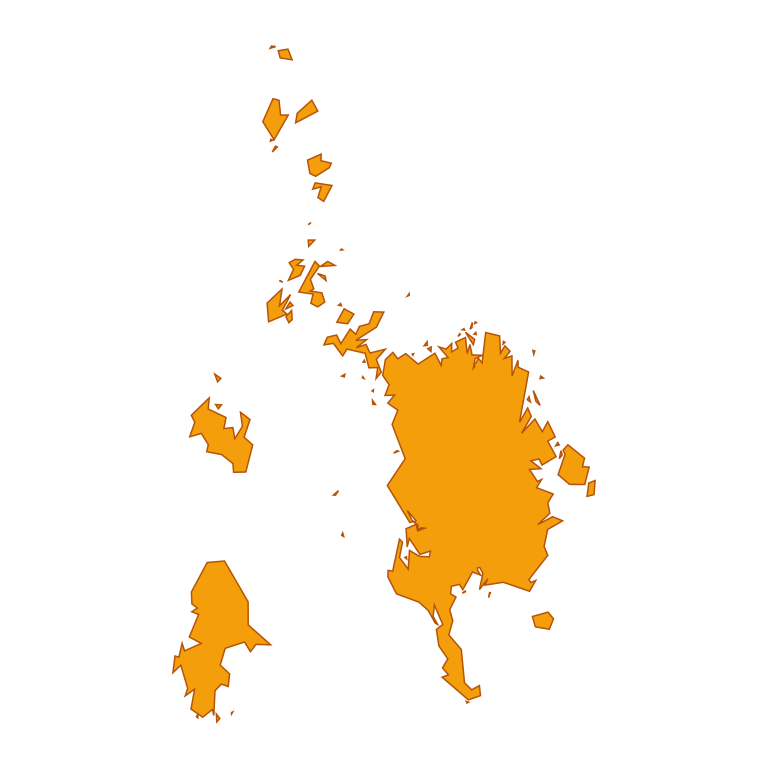 the district of Balboa, Panama
{"feature_id": "35544464B8680648562753", "entity_name": "Balboa", "entity_type": "district", "adm_level": 2, "iso_a3": "PAN", "parent_name": "Panama", "parent_adm1": "", "projection": "natural_earth1", "projection_center": [-78.983, 8.439], "detail": "fine", "context": "isolated", "style": "filled", "palette": "amber", "viewbox_px": 768, "rotation_deg": 0, "n_neighbors": 0, "source": "geoboundaries", "source_scale": "gbopen_adm2", "svg_char_len": 6182}
<svg xmlns="http://www.w3.org/2000/svg" viewBox="0 0 768 768"><path d="M392.7,571.1L388.1,570.4L387.9,576.9L396.5,593.9L418.9,602.1L428.2,610.4L435.3,623.2L437.6,624.4L433.1,616.4L434.4,605.0L442.8,624.5L436.4,629.5L438.9,646.0L447.8,658.8L442.5,667.9L448.4,674.8L442.1,677.2L468.4,699.9L480.5,695.6L479.4,685.6L471.7,689.8L464.5,682.8L461.3,649.5L448.8,634.9L452.8,620.7L449.7,609.8L456.0,597.1L450.6,593.8L451.4,586.3L459.4,584.4L462.8,589.7L472.5,572.0L480.7,575.2L477.5,570.2L477.5,567.8L479.8,567.5L482.9,573.4L479.5,589.5L487.8,578.8L484.9,585.1L503.4,582.3L529.6,591.3L535.7,580.5L531.0,582.5L528.9,579.6L547.8,555.3L544.1,546.5L547.6,529.5L562.6,520.8L552.6,516.7L537.8,524.6L549.8,513.3L547.8,502.7L553.2,494.0L536.6,487.7L541.5,479.5L537.4,481.5L529.5,469.4L540.9,468.7L530.9,460.8L539.1,459.0L542.1,465.0L556.1,456.6L547.7,441.1L555.2,437.0L547.8,421.7L542.3,431.7L534.9,419.0L521.6,433.3L531.3,416.4L527.7,408.0L519.5,422.3L528.6,372.0L518.1,367.2L518.0,360.3L512.1,375.8L511.9,355.9L504.3,358.5L510.1,351.3L504.9,345.9L500.5,353.3L499.6,335.9L485.7,332.5L482.1,362.9L478.3,358.2L476.3,362.6L474.4,364.1L474.7,366.7L473.3,368.2L475.1,358.6L482.3,355.3L472.0,354.9L470.0,344.5L467.2,353.6L465.5,337.5L455.6,342.2L458.0,348.1L451.6,351.9L451.7,343.5L446.2,349.1L439.0,346.9L448.1,357.6L442.0,358.8L441.2,365.4L434.9,353.2L418.1,364.1L405.7,353.6L397.7,358.8L392.9,352.4L385.4,359.6L382.7,375.4L389.1,384.7L385.0,395.5L394.5,395.1L387.8,403.1L397.8,410.2L392.1,424.4L405.2,458.7L387.3,485.5L409.8,522.5L414.0,521.5L412.1,520.4L407.3,510.5L416.0,520.6L414.5,522.7L417.9,524.9L417.8,529.6L421.5,527.7L424.7,528.2L417.8,530.9L416.0,524.4L406.1,528.7L407.2,546.9L409.3,538.4L419.9,554.4L430.4,551.1L429.4,556.8L419.6,556.4L409.5,550.4L408.2,569.1L399.5,557.5L402.5,542.2L399.5,539.2L392.7,571.1ZM224.5,561.0L207.2,562.5L191.4,592.0L191.9,603.9L197.4,608.0L191.8,611.8L198.6,614.4L189.3,637.0L201.3,643.4L184.6,650.9L182.1,643.3L178.9,657.1L175.0,656.0L172.9,672.7L180.8,665.2L187.7,688.4L185.2,695.9L194.6,689.2L191.0,709.1L202.7,717.2L212.4,709.5L213.8,715.5L215.0,690.8L221.3,684.1L228.2,686.5L229.6,673.9L220.2,665.1L225.2,648.3L244.6,642.0L250.4,651.7L256.0,644.4L270.6,644.8L248.2,624.9L248.1,601.8L224.5,561.0ZM209.2,397.9L191.3,415.3L194.8,422.2L189.7,436.8L201.3,433.4L208.3,444.6L206.7,451.7L221.7,454.6L232.9,463.6L233.6,472.3L245.8,472.0L252.7,444.9L244.1,437.2L250.0,419.5L240.5,412.3L242.4,426.4L234.8,438.7L232.9,427.6L223.9,428.6L226.0,417.5L208.2,409.0L209.2,397.9ZM383.8,312.1L373.7,311.8L369.1,323.8L359.4,326.4L355.7,334.3L350.2,329.1L340.8,343.7L336.6,335.0L327.3,337.2L323.9,344.9L333.4,343.4L342.7,355.9L347.0,349.1L365.2,353.3L368.9,367.8L377.7,367.6L376.1,378.5L381.3,372.1L376.3,359.5L385.3,349.2L370.0,353.0L366.0,344.4L356.3,347.7L366.7,339.6L355.8,340.3L376.4,327.2L383.8,312.1ZM584.5,458.2L567.9,444.8L563.0,450.3L565.1,454.2L558.1,474.7L569.6,484.4L584.7,484.5L589.2,467.1L582.5,466.7L584.5,458.2ZM273.0,98.7L262.8,121.7L274.1,139.8L288.3,115.0L280.6,115.1L279.0,100.3L273.0,98.7ZM282.0,289.0L267.1,303.1L268.6,321.8L286.9,314.0L282.4,310.3L290.6,294.5L279.5,305.9L282.0,289.0ZM310.4,279.4L319.4,266.0L315.0,261.4L298.8,292.0L313.1,294.1L310.8,303.3L317.8,306.9L324.8,302.0L321.8,292.8L310.2,291.1L313.8,288.9L310.4,279.4ZM321.2,154.1L307.5,160.1L309.9,173.5L315.7,176.3L329.2,167.8L331.3,163.2L321.0,160.7L321.2,154.1ZM548.0,612.1L532.4,616.5L535.4,626.8L549.3,629.3L553.5,618.8L548.0,612.1ZM303.0,260.0L295.2,259.3L289.2,262.7L293.5,269.3L288.4,280.3L300.3,275.3L304.6,266.2L296.6,265.2L303.0,260.0ZM311.8,100.2L297.2,113.3L295.6,122.8L317.8,111.1L311.8,100.2ZM353.9,314.1L344.2,308.8L336.8,322.3L347.6,323.7L353.9,314.1ZM332.0,185.5L315.2,182.9L312.7,189.2L321.1,186.9L317.9,197.6L323.7,201.4L332.0,185.5ZM287.9,49.1L278.2,50.7L280.2,57.9L292.1,59.8L287.9,49.1ZM595.1,480.5L588.8,483.0L587.0,496.4L594.0,494.6L595.1,480.5ZM334.9,265.4L327.7,261.4L320.3,266.5L334.9,265.4ZM220.8,378.4L214.8,374.1L217.6,381.8L220.8,378.4ZM474.7,339.4L465.5,332.2L473.3,344.7L474.7,339.4ZM288.9,322.7L292.2,319.6L291.6,310.4L285.9,316.8L288.9,322.7ZM314.7,240.1L308.2,240.1L308.7,246.4L314.7,240.1ZM272.3,152.0L277.3,147.0L275.4,146.2L272.3,152.0ZM540.1,405.4L533.3,390.5L535.9,401.3L540.1,405.4ZM325.0,275.9L317.5,273.5L326.0,280.5L325.0,275.9ZM293.0,305.5L290.0,302.1L285.8,309.0L293.0,305.5ZM219.8,718.5L216.4,714.1L216.8,721.9L219.8,718.5ZM470.1,329.3L472.0,327.4L472.3,322.4L470.1,329.3ZM221.5,404.9L215.6,404.5L218.3,408.8L221.5,404.9ZM375.5,404.5L372.5,400.3L372.8,404.4L375.5,404.5ZM335.5,495.2L338.5,490.6L333.4,495.0L335.5,495.2ZM562.2,454.9L561.0,450.7L559.3,458.7L562.2,454.9ZM398.4,451.2L397.1,450.6L393.6,453.2L398.4,451.2ZM533.8,354.3L534.8,350.9L532.9,350.4L533.8,354.3ZM343.7,536.5L342.7,533.0L341.6,535.4L343.7,536.5ZM430.9,351.5L431.3,347.0L427.7,348.7L430.9,351.5ZM555.6,445.8L559.2,444.9L557.7,442.5L555.6,445.8ZM424.1,345.7L427.3,345.4L427.1,341.7L424.1,345.7ZM527.3,399.7L530.4,402.0L529.0,396.7L527.3,399.7ZM275.7,46.6L271.4,46.1L270.2,48.3L275.7,46.6ZM540.1,378.6L543.4,378.0L540.7,376.1L540.1,378.6ZM341.4,305.7L340.5,303.5L338.5,305.2L341.4,305.7ZM488.5,597.7L490.4,592.7L489.6,592.5L488.5,597.7ZM462.2,329.7L464.6,330.1L464.0,328.6L462.2,329.7ZM344.8,374.3L341.7,376.1L344.3,376.9L344.8,374.3ZM474.1,334.2L476.2,334.5L475.8,332.4L474.1,334.2ZM465.1,591.0L462.3,593.2L465.5,591.7L465.1,591.0ZM503.1,344.1L504.9,342.3L503.4,341.4L503.1,344.1ZM197.9,717.8L197.7,714.6L196.3,716.7L197.9,717.8ZM282.7,282.3L280.9,280.9L279.3,280.7L282.7,282.3ZM474.6,323.6L476.5,322.7L475.2,321.8L474.6,323.6ZM362.3,377.8L364.0,378.5L362.8,376.6L362.3,377.8ZM407.3,296.2L409.2,295.4L409.1,293.7L407.3,296.2ZM308.1,224.6L309.6,223.8L311.0,222.5L308.1,224.6ZM406.7,559.0L406.5,556.7L404.9,557.5L406.7,559.0ZM457.9,336.4L460.3,334.5L459.8,333.7L457.9,336.4ZM231.6,713.9L232.7,712.0L231.5,712.6L231.6,713.9ZM363.1,362.1L365.0,362.1L364.3,360.2L363.1,362.1ZM412.2,354.1L412.9,355.3L413.7,353.7L412.2,354.1ZM373.5,389.9L372.0,390.9L373.2,391.7L373.5,389.9ZM466.9,703.0L468.5,702.2L466.3,701.4L466.9,703.0ZM340.7,250.1L342.7,249.8L341.4,249.0L340.7,250.1ZM272.6,140.3L270.8,139.3L270.4,141.1L272.6,140.3Z" fill="#f59e0b" stroke="#b45309" stroke-width="1.5"/></svg>